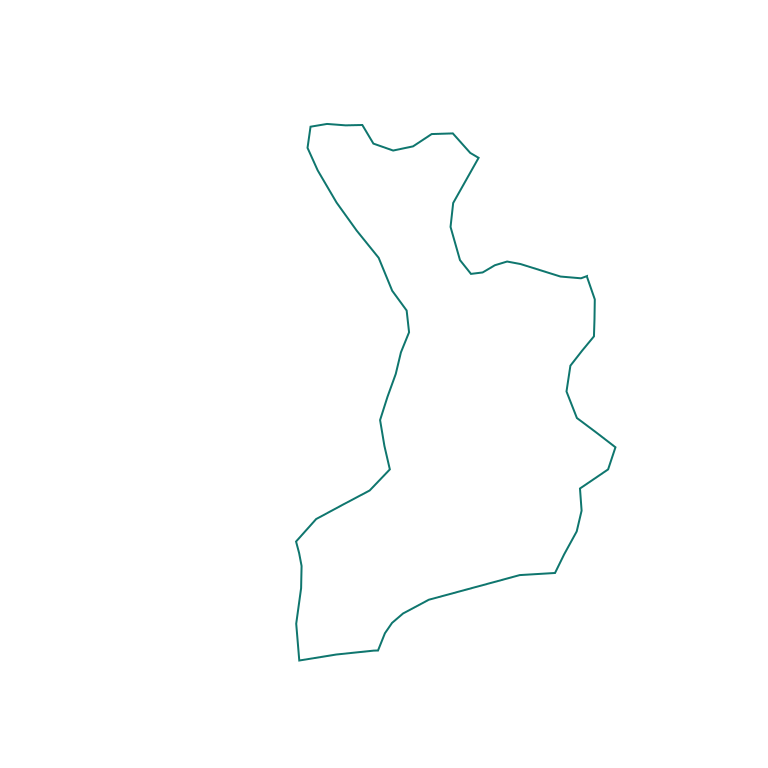 outline of Tovuz, rotated 145°
{"feature_id": "AZE-1687", "entity_name": "Tovuz", "entity_type": "District", "adm_level": 1, "iso_a3": "AZE", "parent_name": "Azerbaijan", "parent_adm1": "", "projection": "orthographic", "projection_center": [45.732, 40.914], "detail": "fine", "context": "isolated", "style": "outline", "palette": "teal", "viewbox_px": 768, "rotation_deg": 145, "n_neighbors": 0, "source": "natural_earth", "source_scale": "10m", "svg_char_len": 1018}
<svg xmlns="http://www.w3.org/2000/svg" viewBox="0 0 768 768"><g transform="rotate(145 384 384)"><path d="M176.8,515.0L223.5,492.6L239.4,474.5L250.7,441.9L249.6,424.3L239.2,418.8L225.1,417.7L212.9,413.7L203.4,404.0L177.8,370.8L162.0,357.6L156.0,356.0L156.1,355.9L162.8,332.4L174.3,316.5L184.7,302.6L202.5,297.7L220.8,292.1L238.8,273.2L245.5,245.5L238.0,222.7L230.7,199.4L249.4,185.5L283.4,186.0L294.8,166.9L310.7,152.7L334.2,141.1L352.3,131.1L382.4,149.6L471.1,181.6L500.0,185.1L514.4,183.7L526.2,179.3L541.8,169.1L545.0,171.3L578.3,189.8L612.0,206.1L593.4,238.0L569.0,264.3L562.5,273.2L555.9,282.2L550.5,294.2L546.4,305.4L517.0,312.3L486.5,308.7L456.8,305.0L428.2,310.7L419.2,333.0L407.9,356.7L388.5,371.5L368.6,385.5L352.0,400.2L333.8,412.0L323.3,431.2L323.8,455.7L316.0,490.4L318.4,525.3L318.8,559.8L315.8,597.0L311.2,621.3L296.6,636.9L281.5,629.7L267.1,617.9L253.2,608.6L254.8,587.0L242.6,570.0L223.9,562.0L201.6,561.4L183.9,549.8L180.8,523.8L176.8,515.0Z" fill="none" stroke="#0f766e" stroke-width="2"/></g></svg>